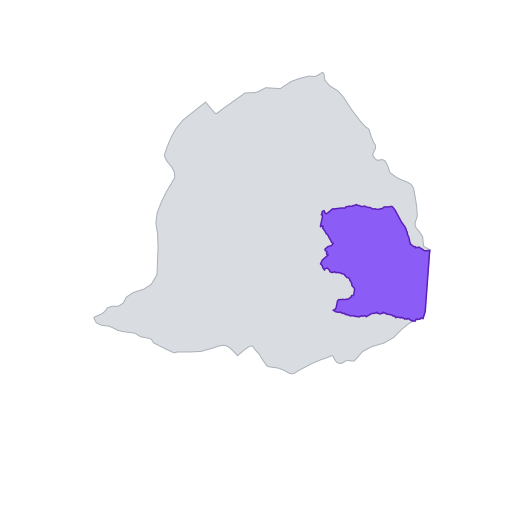 Masvingo on a map of Zimbabwe (Albers equal-area conic projection), rotated 322°
{"feature_id": "ZWE-532", "entity_name": "Masvingo", "entity_type": "Province", "adm_level": 1, "iso_a3": "ZWE", "parent_name": "Zimbabwe", "parent_adm1": "", "projection": "albers", "projection_center": [30.801, -20.777], "detail": "fine", "context": "in_parent", "style": "filled", "palette": "violet", "viewbox_px": 512, "rotation_deg": 322, "n_neighbors": 0, "source": "natural_earth", "source_scale": "10m", "svg_char_len": 8048}
<svg xmlns="http://www.w3.org/2000/svg" viewBox="0 0 512 512"><g transform="rotate(322 256 256)"><path d="M349.1,408.3L345.3,405.8L340.1,404.1L333.6,403.3L325.0,403.6L314.5,405.0L303.3,403.4L291.2,398.6L281.2,396.9L269.3,399.1L268.8,399.2L266.7,397.6L263.4,394.1L257.9,393.5L256.4,392.7L255.2,391.4L254.4,389.7L254.1,387.9L254.9,382.1L254.4,381.4L252.9,380.7L249.9,380.1L242.7,377.5L233.6,375.1L218.9,372.5L213.2,371.9L211.8,371.1L210.1,369.0L207.2,362.4L204.5,358.0L198.0,351.3L196.9,349.2L197.2,343.8L197.5,339.5L198.2,335.8L197.8,332.3L197.6,328.0L197.8,325.1L196.9,323.9L194.5,323.1L188.0,322.8L180.0,323.2L179.7,318.8L178.8,312.1L177.2,308.2L175.3,306.2L171.6,304.2L164.1,301.5L153.9,297.3L145.1,291.1L134.9,283.2L131.8,281.9L127.9,274.4L121.9,261.6L122.2,257.3L121.3,255.2L115.6,249.0L114.3,245.7L113.2,242.4L104.3,233.3L101.2,229.3L98.8,224.1L96.4,220.0L94.4,218.4L91.8,215.6L90.0,212.4L89.1,210.0L89.7,206.8L90.4,204.5L98.8,206.6L103.4,206.6L106.9,205.4L111.3,206.7L116.6,210.8L122.4,211.4L128.5,208.6L136.8,209.2L147.4,213.1L156.1,213.8L166.4,209.8L175.4,199.2L183.9,189.2L192.2,177.8L197.2,168.6L204.7,161.1L214.6,155.2L224.7,150.3L240.3,144.2L243.4,139.3L244.3,134.0L244.2,126.6L245.0,121.8L246.6,119.6L249.2,117.9L252.6,115.6L262.8,109.9L271.5,106.3L282.0,103.9L293.6,103.8L304.8,103.7L311.1,103.7L311.2,110.7L311.7,118.7L313.0,119.5L321.3,119.6L334.8,120.2L347.7,120.8L355.9,126.6L358.7,127.8L367.3,129.4L378.2,139.1L391.3,140.1L400.4,143.2L408.3,146.7L412.8,150.7L415.8,151.6L419.8,152.0L421.7,152.3L421.3,155.2L418.5,160.0L418.8,167.0L422.3,176.6L422.7,185.0L421.4,199.8L421.2,214.1L421.6,219.2L422.1,222.6L422.9,224.5L422.7,226.6L420.4,232.6L418.6,238.9L418.5,241.4L417.8,243.2L416.5,244.7L410.8,247.6L409.8,249.4L409.8,252.6L410.5,255.4L412.6,256.4L415.1,258.0L416.1,260.1L416.1,262.3L415.2,266.3L412.9,272.9L415.1,280.5L417.5,285.5L420.9,291.3L422.3,294.9L422.2,297.4L421.7,299.9L416.3,310.3L412.5,316.8L407.8,323.7L401.7,328.0L400.1,330.1L399.5,332.5L399.7,337.7L399.3,343.2L394.1,351.5L397.2,358.8L396.5,359.5L394.7,360.5L387.3,368.6L379.7,376.7L374.2,382.7L367.9,389.5L361.0,397.2L355.0,403.7L349.1,408.3Z" fill="#d9dde1" stroke="#a8b0b8" stroke-width="1"/><path d="M346.3,406.7L346.0,406.5L345.3,406.1L345.0,406.0L344.7,405.8L343.9,404.7L343.4,404.5L342.8,404.6L341.4,405.2L341.1,405.3L340.5,404.2L340.4,404.0L339.6,403.9L339.3,403.8L339.1,403.6L339.0,403.3L338.9,402.7L338.3,401.8L338.2,401.4L338.2,400.9L337.8,400.0L337.6,399.1L337.5,398.9L337.1,398.8L336.9,398.7L336.1,398.7L335.9,398.6L336.0,398.1L335.9,397.9L335.7,397.7L335.3,397.6L334.7,397.4L334.4,397.3L334.3,397.1L334.1,396.6L333.9,395.8L333.8,395.6L333.3,394.9L333.2,394.7L333.2,394.1L333.1,393.9L332.9,393.8L332.6,393.8L332.0,393.8L331.8,393.8L331.6,393.6L331.4,393.0L331.2,392.7L330.7,392.3L330.5,392.1L330.2,391.7L329.9,391.4L329.4,391.0L329.0,390.8L328.6,390.8L328.2,390.7L328.1,390.4L328.3,390.0L328.3,389.6L328.3,389.3L328.4,389.1L328.4,388.9L328.3,388.7L327.6,388.3L327.3,388.0L327.0,387.5L326.9,387.2L327.0,386.7L326.9,386.5L325.0,384.1L324.9,383.8L324.7,383.5L324.5,383.3L323.4,382.7L322.8,381.2L322.8,380.7L322.8,380.4L322.6,380.2L322.0,379.9L321.9,379.8L322.0,379.2L321.9,379.0L321.8,378.8L321.5,378.8L321.1,379.0L320.9,379.0L320.6,379.0L319.6,378.6L319.1,378.3L318.9,378.3L318.5,378.3L318.2,378.2L317.9,377.6L317.7,377.3L316.8,376.4L316.5,375.8L316.4,375.7L316.5,375.5L316.7,375.1L316.8,375.0L316.6,374.8L316.3,374.7L315.5,374.6L314.2,374.1L313.8,373.8L312.9,373.4L311.9,372.7L310.9,372.2L310.7,372.2L310.0,372.4L309.8,372.4L309.3,372.2L305.9,371.8L305.6,371.7L305.3,371.4L305.4,370.6L305.3,370.4L305.2,370.2L304.6,369.9L304.3,369.8L303.5,369.3L302.9,369.1L302.7,368.9L302.5,368.3L302.4,368.0L302.0,367.9L301.2,367.8L300.7,367.7L300.2,367.7L299.8,367.5L299.6,367.2L299.5,366.9L299.1,366.7L298.9,366.6L298.6,366.4L298.4,366.1L298.1,365.5L297.3,364.8L296.8,364.5L296.6,364.3L295.9,363.1L295.3,362.5L294.8,362.2L294.1,361.7L293.5,361.3L293.0,360.6L292.4,359.1L292.2,358.9L291.8,358.7L291.6,358.5L291.6,358.0L291.5,357.8L291.3,357.6L291.0,357.5L290.6,357.4L290.4,357.0L290.4,355.7L290.3,355.4L290.1,355.2L289.7,354.9L289.4,354.8L289.1,354.8L288.9,354.5L288.7,354.1L288.2,353.2L288.1,352.8L288.1,352.5L288.2,352.4L288.0,352.2L286.5,351.3L284.5,349.1L284.2,348.4L283.6,346.3L285.7,346.6L286.5,346.5L287.4,346.0L292.3,341.8L292.9,341.5L293.3,341.4L293.7,341.3L294.2,341.3L294.5,341.4L294.8,341.6L295.0,341.8L296.0,342.5L296.2,342.8L296.5,343.0L297.6,343.5L297.8,343.6L298.5,344.5L298.9,344.9L299.4,345.2L300.4,345.5L300.6,345.6L301.3,346.3L301.7,346.5L303.1,346.8L303.9,346.8L305.0,346.9L305.4,346.9L305.6,346.8L305.7,346.7L306.2,346.5L306.7,346.2L306.8,346.1L307.0,346.1L307.8,346.6L308.4,346.8L308.7,346.8L309.1,346.8L313.2,342.9L313.5,342.4L313.6,341.7L313.4,338.4L313.5,338.1L313.6,337.9L314.1,337.3L314.2,337.1L314.3,336.8L314.6,335.7L315.0,334.8L315.1,334.3L314.9,333.4L314.9,333.1L315.0,332.6L315.6,331.6L315.6,331.3L315.7,331.1L315.5,330.6L315.3,329.8L314.5,329.1L314.4,328.9L314.3,328.4L314.2,328.1L314.3,327.3L314.3,327.0L314.1,326.3L314.1,326.0L314.1,325.6L314.3,325.1L314.3,324.8L314.3,324.5L312.5,322.5L312.4,322.1L312.3,321.5L312.2,321.3L312.1,321.1L312.0,320.9L310.9,320.2L310.6,319.8L310.3,319.1L310.1,319.0L309.9,318.9L309.2,318.7L308.8,318.5L308.6,318.1L308.4,317.7L308.4,316.9L308.1,316.6L307.9,316.6L307.1,316.5L306.6,316.4L306.2,316.2L305.7,315.7L305.2,314.7L304.8,314.5L304.7,314.2L304.7,313.8L305.0,312.6L305.1,311.7L305.0,310.8L304.8,310.1L304.7,309.5L304.4,309.2L303.8,308.9L303.2,308.7L302.5,308.6L301.7,309.1L301.4,309.2L301.3,307.8L301.5,306.0L302.0,305.0L302.3,303.4L302.3,302.8L302.1,302.4L301.9,302.1L302.0,301.9L302.4,301.7L305.6,300.1L305.8,300.0L312.7,299.7L313.2,299.6L313.4,299.4L312.9,299.3L312.9,299.0L313.0,298.6L312.9,298.3L312.9,298.1L313.0,297.7L313.1,297.4L314.1,296.7L314.5,296.2L314.5,295.9L314.3,295.5L314.2,295.1L314.1,294.8L313.9,294.4L313.9,294.2L314.4,293.3L314.8,293.0L318.4,292.9L318.8,293.0L319.2,293.1L320.3,293.7L321.6,294.1L322.1,294.1L322.7,294.1L323.9,293.8L324.6,293.4L324.6,293.2L324.3,292.8L324.2,292.7L324.1,292.0L324.1,291.4L324.2,290.6L324.7,289.2L324.7,288.9L324.7,287.8L324.7,287.4L325.5,283.8L325.5,283.3L325.4,282.9L325.3,282.2L325.1,281.5L325.6,279.1L325.7,275.4L325.7,275.0L326.0,274.8L326.5,274.6L327.0,274.3L327.2,273.9L327.2,273.6L326.9,273.3L326.6,273.1L325.3,272.8L325.0,272.7L324.9,272.6L325.0,272.4L325.3,272.0L331.2,267.1L333.1,265.4L333.2,264.4L333.0,264.0L332.9,263.7L333.0,263.5L333.9,263.3L334.3,263.2L334.5,262.8L335.0,262.1L335.3,261.9L335.7,261.8L337.2,262.0L337.5,262.1L337.5,262.6L337.4,263.0L337.2,263.2L337.3,263.4L337.1,263.9L337.0,264.4L336.9,264.9L337.0,265.5L337.2,265.9L339.0,266.2L345.7,266.0L346.2,266.8L353.2,271.0L354.7,272.3L355.2,272.7L355.7,273.0L356.0,273.0L356.2,272.9L356.6,272.7L356.9,272.6L357.4,272.7L357.6,272.8L357.8,272.9L358.3,273.3L358.5,273.5L359.5,273.8L360.0,274.0L361.4,275.1L362.1,276.0L362.3,276.1L362.6,276.2L363.3,276.0L363.6,276.0L364.1,276.4L365.1,276.9L365.5,277.0L366.6,277.2L366.9,277.3L367.0,277.4L367.0,278.1L367.1,278.4L367.4,278.8L368.7,280.1L368.8,280.3L369.1,281.3L369.3,281.6L369.6,282.0L369.9,282.3L371.9,283.3L372.4,283.7L372.7,284.0L373.1,285.1L373.3,285.5L374.3,286.7L375.6,287.9L376.1,288.6L376.6,290.2L376.8,290.5L377.1,291.0L377.6,291.3L378.7,291.9L378.9,292.1L379.1,292.3L379.5,293.0L379.8,293.4L380.4,294.0L381.3,294.7L381.9,295.0L383.2,295.3L383.5,295.5L384.1,296.1L384.4,296.3L384.6,296.4L385.6,296.3L386.4,296.2L387.2,296.4L387.7,296.6L390.5,298.8L392.7,300.0L393.5,300.5L393.6,300.9L393.9,301.3L393.8,305.8L391.6,318.5L391.3,324.8L390.9,327.0L390.3,327.9L389.8,330.5L389.0,331.7L388.6,332.3L388.4,333.1L388.3,334.1L387.5,336.4L386.0,339.2L385.7,340.2L385.6,340.7L385.0,341.7L385.0,342.1L385.4,342.6L385.5,343.0L385.9,345.1L386.0,345.5L386.3,345.9L387.2,346.7L387.3,347.1L386.8,347.8L389.8,349.3L390.0,349.5L390.3,350.6L391.7,354.3L391.7,355.0L392.3,355.9L396.3,358.5L355.2,403.9L349.1,408.1L348.1,406.7L347.7,406.4L347.3,406.3L346.6,406.6L346.3,406.7Z" fill="#8b5cf6" stroke="#5b21b6" stroke-width="1.5"/></g></svg>